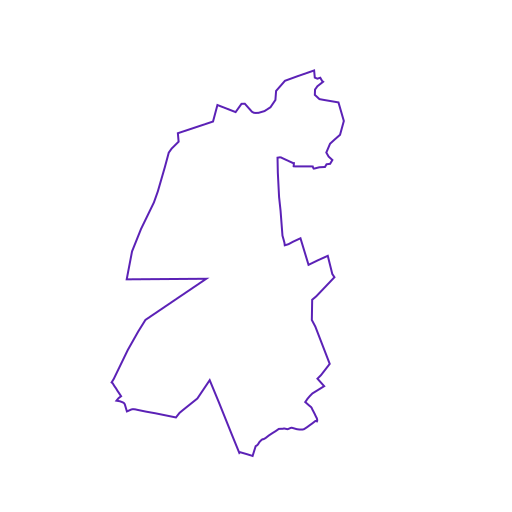 Eleme, Rivers, Nigeria (Natural Earth projection), rotated 203°
{"feature_id": "59680162B65190975434062", "entity_name": "Eleme", "entity_type": "district", "adm_level": 2, "iso_a3": "NGA", "parent_name": "Nigeria", "parent_adm1": "Rivers", "projection": "natural_earth1", "projection_center": [7.122, 4.777], "detail": "fine", "context": "isolated", "style": "outline", "palette": "violet", "viewbox_px": 512, "rotation_deg": 203, "n_neighbors": 0, "source": "geoboundaries", "source_scale": "gbopen_adm2", "svg_char_len": 2351}
<svg xmlns="http://www.w3.org/2000/svg" viewBox="0 0 512 512"><g transform="rotate(203 256 256)"><path d="M240.1,429.6L254.0,426.3L258.9,425.2L264.8,427.3L266.7,432.3L265.8,436.3L262.3,442.6L263.6,443.0L266.5,445.2L268.8,443.2L271.6,443.2L275.0,449.5L287.4,438.3L297.8,428.6L302.0,415.8L299.1,407.2L300.8,398.6L304.8,392.7L309.7,388.7L312.6,387.4L314.1,387.0L316.1,387.2L325.8,391.8L328.8,390.4L331.0,380.5L350.5,379.9L348.1,363.0L375.9,338.5L371.9,331.0L375.6,322.0L376.7,317.1L375.8,310.7L374.6,302.0L371.6,277.0L370.9,265.4L372.4,236.0L371.9,211.8L365.9,184.0L292.9,215.6L332.8,154.0L334.9,140.6L337.3,119.4L338.9,87.3L339.5,83.2L338.3,82.9L335.2,80.7L333.2,79.5L330.6,77.6L329.3,76.8L326.9,75.2L325.4,74.2L326.9,71.6L327.6,69.4L327.9,68.3L324.5,69.1L322.2,69.2L321.1,69.2L320.1,69.0L319.8,68.9L318.8,68.2L317.0,66.0L314.1,62.5L313.2,63.4L312.1,64.6L310.8,66.0L309.7,66.8L308.1,67.4L307.0,67.7L304.7,68.1L296.3,69.8L287.2,71.9L266.6,76.1L265.1,81.7L263.2,85.4L254.3,101.9L250.1,123.6L232.9,106.7L208.5,82.2L194.4,68.2L193.9,69.2L186.3,70.1L181.0,70.6L182.0,80.8L180.9,82.4L180.5,83.8L180.2,86.0L179.3,88.3L178.5,89.8L177.5,90.3L176.1,92.1L174.0,95.9L171.6,99.5L169.6,102.3L168.2,104.5L167.5,105.7L166.1,106.4L163.7,107.5L162.8,108.2L159.3,108.9L158.6,109.5L157.0,111.2L156.2,111.8L155.2,112.0L151.0,112.5L149.8,112.8L148.0,113.3L146.8,113.8L145.4,114.4L144.1,115.4L143.1,116.9L142.1,118.4L140.2,121.6L138.9,123.7L137.6,126.0L136.9,127.3L136.4,127.6L135.3,127.6L135.3,128.2L135.6,129.0L136.6,130.4L137.6,131.2L139.0,132.4L140.2,133.5L142.6,135.5L144.1,136.7L145.5,138.0L146.4,138.5L148.5,139.1L153.6,140.8L153.2,142.6L152.9,144.3L152.5,145.7L151.7,148.2L150.4,151.5L142.4,162.8L151.5,167.1L149.6,171.8L146.0,185.5L173.8,214.2L179.6,218.9L187.2,237.7L184.8,242.4L175.5,267.1L178.7,269.2L190.0,284.2L197.3,276.3L204.2,268.4L222.0,289.7L227.5,283.6L230.6,279.7L232.2,278.3L232.7,277.9L233.7,277.1L235.0,279.3L237.1,282.0L239.6,285.1L251.1,307.3L257.8,319.3L268.5,341.3L274.6,354.9L272.7,356.1L271.5,356.5L270.2,356.4L258.3,356.0L257.4,356.3L256.4,353.3L256.2,353.3L254.0,354.2L245.0,358.0L238.8,360.6L238.2,359.9L237.1,359.0L236.3,359.4L234.5,360.8L232.4,362.4L227.3,364.9L226.9,368.0L223.8,369.8L223.2,374.2L228.0,375.9L231.7,378.7L231.7,388.3L229.0,394.2L226.0,400.4L227.9,414.6L240.1,429.6Z" fill="none" stroke="#5b21b6" stroke-width="2"/></g></svg>